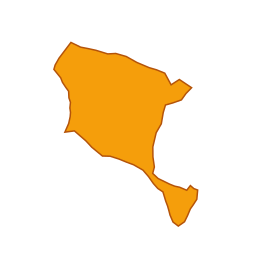 Peristerona Ammochostou, Cyprus, rotated 26°
{"feature_id": "46923920B99720560567436", "entity_name": "Peristerona Ammochostou", "entity_type": "district", "adm_level": 2, "iso_a3": "CYP", "parent_name": "Cyprus", "parent_adm1": "", "projection": "natural_earth1", "projection_center": [33.768, 35.199], "detail": "fine", "context": "isolated", "style": "filled", "palette": "amber", "viewbox_px": 256, "rotation_deg": 26, "n_neighbors": 0, "source": "geoboundaries", "source_scale": "gbopen_adm2", "svg_char_len": 1013}
<svg xmlns="http://www.w3.org/2000/svg" viewBox="0 0 256 256"><g transform="rotate(26 128 128)"><path d="M35.4,95.4L34.9,103.3L35.7,107.8L45.5,112.4L49.1,115.7L54.0,118.6L58.5,121.0L61.7,126.8L65.0,130.1L67.0,135.5L69.5,139.2L71.1,143.3L72.7,149.9L73.1,159.4L81.1,154.1L95.7,158.0L104.0,161.2L117.3,164.4L124.3,161.2L133.2,159.9L142.1,159.3L149.1,158.6L159.9,159.3L167.8,162.7L175.2,166.8L181.3,169.3L187.4,170.1L193.9,177.1L197.9,180.9L201.2,184.6L204.0,187.9L209.7,192.8L216.2,194.1L219.9,187.5L219.9,180.5L219.5,173.4L220.3,168.5L221.1,161.9L217.8,153.2L213.8,153.6L209.3,152.4L208.1,158.2L200.4,158.6L195.5,159.8L190.2,160.2L184.5,160.2L177.2,160.2L170.1,158.0L168.8,151.5L163.1,143.1L158.6,134.1L156.2,123.5L155.4,119.9L156.1,109.6L152.9,98.7L151.6,90.9L157.3,85.8L163.7,79.3L165.0,71.6L167.5,63.9L152.9,61.9L147.8,70.3L137.0,62.6L128.1,63.2L120.5,64.5L107.2,65.2L95.1,64.5L84.3,66.4L77.3,70.3L65.2,72.2L57.0,74.2L50.0,76.1L39.2,76.1L35.4,95.4Z" fill="#f59e0b" stroke="#b45309" stroke-width="1.5"/></g></svg>